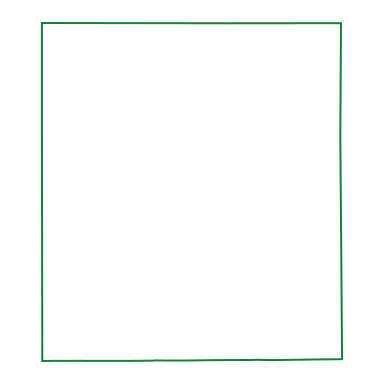 outline of Seward, Kansas, United States of America
{"feature_id": "52423323B8139899408087", "entity_name": "Seward", "entity_type": "district", "adm_level": 2, "iso_a3": "USA", "parent_name": "United States of America", "parent_adm1": "Kansas", "projection": "albers", "projection_center": [-100.862, 37.193], "detail": "fine", "context": "isolated", "style": "outline", "palette": "green", "viewbox_px": 384, "rotation_deg": 0, "n_neighbors": 0, "source": "geoboundaries", "source_scale": "gbopen_adm2", "svg_char_len": 391}
<svg xmlns="http://www.w3.org/2000/svg" viewBox="0 0 384 384"><path d="M41.9,23.0L41.9,136.4L42.3,361.0L51.2,360.9L79.6,360.8L90.7,360.9L126.0,360.9L154.3,360.6L154.6,360.4L163.3,360.5L188.2,360.5L216.9,360.1L222.5,360.1L250.6,360.0L256.6,359.8L272.1,360.1L312.9,359.5L342.1,359.2L340.3,136.4L341.0,23.2L327.9,23.2L227.7,23.3L41.9,23.0Z" fill="none" stroke="#15803d" stroke-width="2"/></svg>